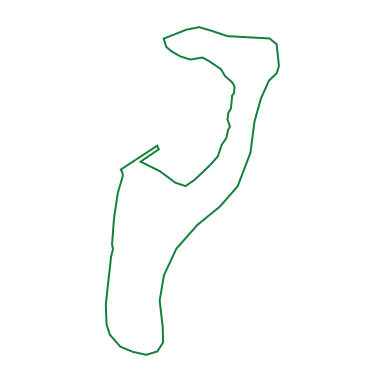 outline of Pingelap, Federated States of Micronesia, rotated 3°
{"feature_id": "79324940B997919972842", "entity_name": "Pingelap", "entity_type": "district", "adm_level": 2, "iso_a3": "FSM", "parent_name": "Federated States of Micronesia", "parent_adm1": "", "projection": "natural_earth1", "projection_center": [160.709, 6.209], "detail": "fine", "context": "isolated", "style": "outline", "palette": "green", "viewbox_px": 384, "rotation_deg": 3, "n_neighbors": 0, "source": "geoboundaries", "source_scale": "gbopen_adm2", "svg_char_len": 931}
<svg xmlns="http://www.w3.org/2000/svg" viewBox="0 0 384 384"><g transform="rotate(3 192 192)"><path d="M155.7,40.3L158.6,48.3L163.8,52.4L173.0,57.1L183.4,59.8L195.5,57.2L202.4,60.5L214.5,67.9L219.1,74.7L226.0,80.0L228.9,84.1L228.9,90.8L227.1,93.4L226.5,106.8L224.2,110.8L223.6,117.5L226.5,124.9L224.7,128.2L223.5,136.3L219.2,143.3L216.0,155.0L208.5,164.3L194.0,179.7L185.3,186.4L174.9,183.6L158.8,172.9L139.0,164.4L156.6,151.1L154.8,147.6L119.7,173.3L121.5,176.4L122.1,179.6L118.0,196.6L115.5,222.4L114.9,248.3L116.1,253.5L114.6,260.4L111.8,308.6L113.6,328.7L117.5,338.9L128.6,350.3L141.3,354.7L154.8,357.0L165.8,353.0L171.0,343.7L169.9,328.9L165.4,302.1L168.3,276.7L179.4,249.3L199.1,224.6L220.5,205.2L237.3,183.9L248.3,149.8L250.7,118.3L256.0,94.9L263.0,76.8L270.5,68.8L272.2,61.5L268.8,40.0L261.3,34.6L253.3,34.6L219.2,34.5L203.4,30.1L190.4,27.0L177.7,30.3L155.7,40.3Z" fill="none" stroke="#15803d" stroke-width="2"/></g></svg>